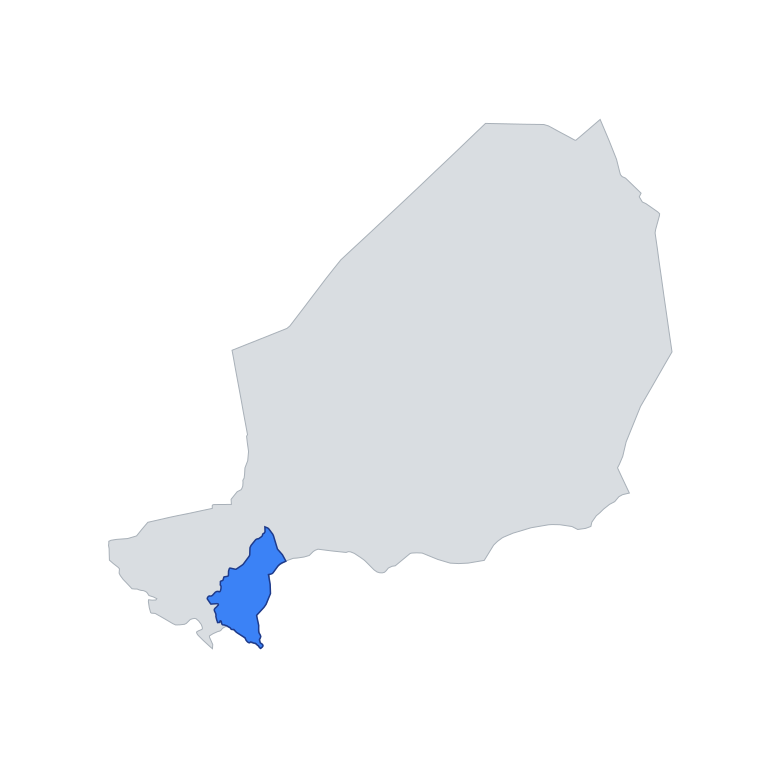 location of Dosso within Niger, rotated 350°
{"feature_id": "NER-93", "entity_name": "Dosso", "entity_type": "Department", "adm_level": 1, "iso_a3": "NER", "parent_name": "Niger", "parent_adm1": "", "projection": "albers", "projection_center": [3.221, 13.177], "detail": "fine", "context": "in_parent", "style": "filled", "palette": "blue", "viewbox_px": 768, "rotation_deg": 350, "n_neighbors": 0, "source": "natural_earth", "source_scale": "10m", "svg_char_len": 6026}
<svg xmlns="http://www.w3.org/2000/svg" viewBox="0 0 768 768"><g transform="rotate(350 384 384)"><path d="M606.7,534.0L599.7,534.4L595.7,535.8L590.8,539.9L585.2,541.7L578.4,545.4L574.2,548.3L570.2,550.6L564.7,556.1L563.0,560.2L557.4,561.2L549.5,560.9L544.4,557.0L532.7,553.1L525.1,551.6L521.6,551.2L503.9,551.1L485.1,553.3L475.5,555.5L473.8,556.0L468.4,558.7L464.0,561.7L452.1,575.1L435.8,575.0L426.3,573.8L418.1,571.9L406.5,566.1L392.2,557.1L386.7,555.9L381.8,555.3L380.2,555.5L363.5,565.0L360.3,564.9L356.3,566.0L353.7,568.3L351.8,569.5L349.8,569.7L347.1,569.2L344.5,567.9L341.9,565.3L334.8,555.1L333.3,553.3L330.3,550.3L325.3,545.6L321.9,543.5L319.8,542.9L317.4,543.3L303.8,539.4L290.3,535.2L287.3,535.8L285.2,536.7L280.6,539.9L275.1,540.5L268.1,540.3L264.3,539.9L258.1,541.0L254.0,542.3L248.6,544.5L241.7,550.4L239.7,551.2L238.0,552.2L235.7,568.4L233.8,573.2L230.3,579.6L223.3,585.8L218.5,589.5L218.4,594.5L218.0,602.7L218.0,608.3L218.3,612.0L217.5,613.7L217.2,615.3L217.4,617.7L218.6,618.8L219.3,620.3L218.8,621.5L216.5,623.0L214.0,619.3L210.8,616.7L207.3,615.6L204.9,613.7L203.6,611.1L199.0,606.0L188.4,596.0L187.3,595.8L185.5,595.4L182.5,596.6L180.7,598.2L179.4,598.8L177.4,598.9L172.3,600.2L168.3,601.8L168.2,603.2L170.1,610.8L169.1,614.9L167.4,612.9L161.5,605.2L157.5,599.5L156.8,598.3L156.2,596.3L156.6,595.5L158.2,594.9L161.9,594.1L162.6,593.6L162.8,592.0L162.3,589.1L160.3,585.1L158.1,582.5L156.9,582.0L154.7,581.9L152.3,582.3L147.8,585.4L145.8,586.0L141.1,585.7L137.0,585.1L134.5,583.4L127.0,577.0L118.8,570.2L115.3,569.3L114.5,568.6L114.0,563.4L114.2,557.2L114.7,555.6L118.1,556.6L121.8,557.1L123.0,556.0L120.0,553.7L115.8,551.5L114.3,548.1L113.1,546.9L111.2,545.7L109.0,545.1L106.9,544.1L105.4,543.1L102.9,542.6L100.3,541.9L96.7,536.4L93.1,531.0L91.0,526.8L90.3,524.3L91.4,520.0L90.3,518.3L86.3,513.9L83.0,509.8L83.9,503.6L84.7,498.4L84.7,495.1L85.3,493.2L85.7,491.1L88.0,490.5L93.7,490.6L104.7,491.7L113.6,490.7L114.1,490.5L120.4,485.0L127.4,479.2L137.8,478.7L149.1,478.1L157.9,477.8L170.8,477.5L181.2,477.1L193.3,476.7L193.7,474.0L194.4,473.3L195.6,473.2L204.5,474.7L212.8,476.1L213.4,471.0L220.7,464.6L224.9,463.3L225.9,462.2L227.2,460.0L228.0,456.7L228.3,454.3L229.9,452.4L231.0,448.8L232.5,442.5L236.5,435.8L238.9,426.9L239.2,418.2L239.6,411.6L240.8,410.2L240.7,398.5L240.6,386.8L240.6,376.8L240.5,364.5L240.4,353.6L240.3,341.9L240.3,331.4L240.2,324.4L248.5,322.7L257.1,320.9L269.7,318.3L283.2,315.5L298.1,312.4L301.4,310.5L312.5,300.3L317.5,295.7L327.4,286.5L335.0,279.5L344.7,270.5L354.9,261.4L363.1,254.2L375.9,245.9L395.3,233.4L414.6,220.8L433.8,208.3L453.0,195.7L472.1,183.0L491.2,170.4L510.2,157.7L529.2,145.0L548.9,148.9L567.5,152.6L586.4,156.2L590.8,158.4L601.1,166.6L614.3,177.0L614.8,177.2L615.4,177.2L627.3,170.2L642.8,161.0L648.0,183.7L652.0,203.1L652.9,215.7L653.2,218.9L654.5,221.1L657.6,223.2L670.3,240.7L667.9,244.0L670.0,249.6L673.2,251.8L683.6,262.2L685.0,264.2L684.5,266.0L678.3,279.1L677.2,282.3L676.7,298.6L676.2,310.2L675.7,326.0L675.0,345.0L674.5,361.0L673.8,382.3L673.2,402.4L663.6,413.8L646.6,434.2L632.7,450.7L625.8,461.7L612.4,483.1L606.5,496.8L601.8,504.0L599.4,507.1L602.0,516.9L606.7,534.0Z" fill="#d9dde1" stroke="#a8b0b8" stroke-width="1"/><path d="M237.0,562.1L235.8,570.7L229.5,580.6L227.0,583.1L218.5,589.6L218.3,590.0L218.7,600.0L217.7,605.2L217.6,607.0L218.6,609.9L218.8,611.3L218.1,612.6L217.5,613.3L217.0,613.9L216.9,614.6L217.1,616.8L217.2,617.2L217.4,617.7L217.6,617.8L218.7,618.9L219.2,619.6L219.4,620.4L219.1,621.3L218.6,621.8L216.6,623.0L216.3,622.8L215.9,622.1L215.6,621.9L215.5,621.6L215.4,621.3L215.2,621.0L215.0,620.3L214.9,620.0L214.7,619.9L214.5,619.7L214.2,619.5L212.9,617.6L212.6,617.3L212.2,617.0L210.7,616.5L209.0,615.4L208.5,615.2L208.1,615.0L207.6,614.9L207.1,615.2L206.6,615.5L206.0,615.3L205.5,615.0L205.2,614.7L204.6,614.0L203.7,612.5L203.5,611.8L203.3,610.9L203.2,610.0L203.0,609.8L202.5,609.4L202.4,609.2L195.6,603.0L194.1,600.6L193.7,599.9L193.5,599.7L193.2,599.6L191.9,599.4L191.4,599.3L191.0,599.0L190.7,598.7L190.4,597.8L190.1,597.3L189.7,596.9L188.9,596.4L187.1,594.7L186.2,594.4L184.8,593.5L184.0,593.4L183.1,593.0L182.6,592.1L182.5,590.9L182.5,589.9L182.4,589.3L182.1,589.0L181.8,588.8L181.4,588.9L181.2,589.1L181.1,589.4L180.9,589.7L180.9,589.9L180.8,590.2L180.5,590.3L180.3,590.2L178.7,590.1L178.6,589.7L178.6,588.6L178.4,588.1L178.3,587.3L178.1,584.6L178.1,583.5L178.4,582.6L178.4,581.9L178.4,581.3L178.4,580.9L177.7,578.3L177.6,577.8L177.6,577.3L177.7,576.8L177.7,576.6L177.9,576.3L178.2,576.0L178.7,575.5L179.3,575.1L180.2,574.6L180.4,574.5L181.7,573.4L182.4,573.0L182.5,572.8L182.6,572.4L182.4,571.7L181.9,571.5L181.3,571.3L175.4,570.7L175.2,570.6L172.7,565.1L172.7,564.9L172.7,564.7L172.7,564.4L172.9,564.1L173.1,563.7L173.6,563.2L174.0,562.8L174.5,562.6L174.8,562.5L175.1,562.4L175.3,562.5L176.2,562.7L176.7,562.8L177.2,562.7L177.4,562.7L177.8,562.6L178.2,562.4L178.4,562.3L181.8,559.7L183.2,559.3L183.7,559.3L184.5,559.4L184.6,559.5L184.8,559.5L185.3,559.9L185.7,560.0L185.9,560.0L186.2,560.0L186.4,559.9L186.7,559.6L187.4,558.5L188.0,556.9L188.4,555.0L188.4,554.8L188.3,554.6L188.0,553.8L187.9,553.6L187.9,553.4L188.0,552.9L188.2,552.1L188.4,551.1L188.5,550.3L188.6,550.1L188.8,549.9L189.6,549.7L190.7,549.5L191.3,549.2L191.6,548.8L192.5,546.9L192.7,546.4L193.1,546.2L193.4,546.2L196.1,546.2L196.7,546.1L197.3,545.9L197.6,545.4L197.7,544.7L198.4,541.3L198.9,540.3L199.6,539.0L200.0,538.6L200.5,538.6L201.1,538.8L205.2,540.5L205.8,540.7L206.2,540.7L212.7,537.8L214.0,537.1L221.2,530.3L221.9,529.4L222.2,528.6L223.5,522.4L223.7,521.8L223.9,521.5L225.1,519.8L230.4,515.2L230.9,514.9L231.5,514.7L231.9,514.6L232.5,514.5L233.5,514.6L233.8,514.5L236.8,513.1L237.4,512.7L237.9,512.2L238.4,510.9L238.7,510.6L239.0,510.4L240.1,510.1L241.2,508.8L241.9,504.0L244.6,505.7L245.4,506.7L248.4,512.7L248.8,514.3L250.4,527.9L250.6,528.4L254.3,534.5L256.6,541.4L256.6,541.5L252.0,542.6L249.9,543.5L248.0,544.8L241.9,550.7L240.8,551.3L239.7,551.5L237.1,551.6L237.1,561.2L237.0,562.1Z" fill="#3b82f6" stroke="#1e3a8a" stroke-width="1.5"/></g></svg>